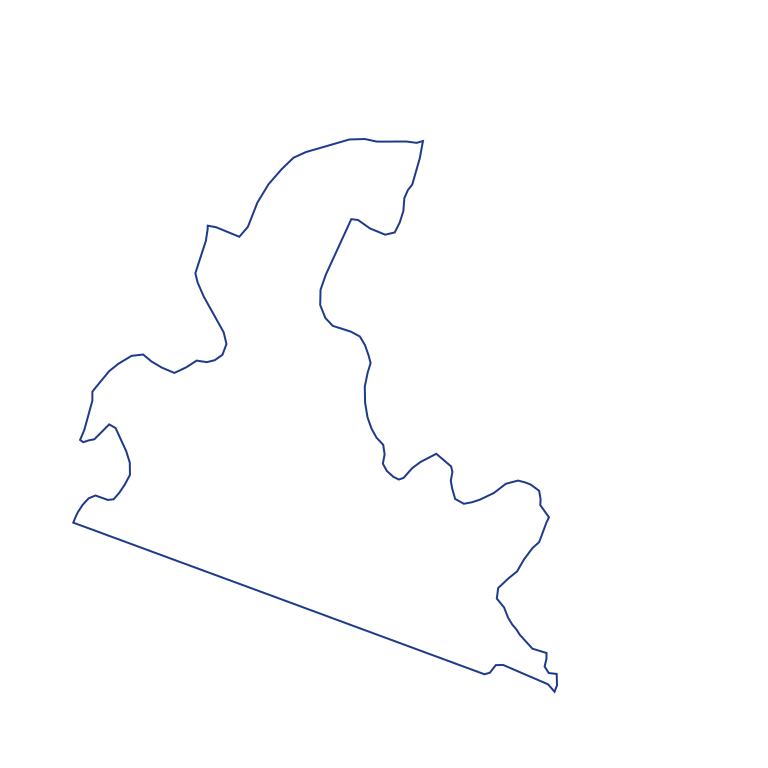 an SVG outline of Sissili, rotated 21°
{"feature_id": "BFA-2820", "entity_name": "Sissili", "entity_type": "Province", "adm_level": 1, "iso_a3": "BFA", "parent_name": "Burkina Faso", "parent_adm1": "", "projection": "equal_earth", "projection_center": [-2.182, 11.448], "detail": "fine", "context": "isolated", "style": "outline", "palette": "blue", "viewbox_px": 768, "rotation_deg": 21, "n_neighbors": 0, "source": "natural_earth", "source_scale": "10m", "svg_char_len": 1917}
<svg xmlns="http://www.w3.org/2000/svg" viewBox="0 0 768 768"><g transform="rotate(21 384 384)"><path d="M653.5,610.2L649.6,608.1L644.8,605.6L595.8,603.6L589.1,606.4L586.3,615.6L581.8,619.0L521.5,619.8L436.7,620.9L349.5,622.0L255.7,623.3L180.0,624.3L143.6,624.8L143.6,624.7L143.7,619.3L144.1,613.5L146.0,604.7L149.3,596.5L154.6,591.5L167.8,591.2L172.9,588.5L175.7,580.9L178.0,571.1L179.4,559.9L174.9,548.6L167.5,539.2L149.2,521.3L141.9,520.2L133.4,539.4L128.6,542.4L124.1,546.1L120.3,545.1L120.7,534.5L117.7,504.0L114.5,495.7L116.0,490.8L122.8,470.5L128.7,460.4L138.2,448.2L148.6,442.8L158.9,446.3L170.6,448.3L184.3,448.8L193.4,439.3L200.7,429.3L210.7,427.1L217.4,422.5L222.7,414.6L222.6,403.1L215.8,393.2L184.5,367.1L173.6,356.0L168.2,348.2L166.4,314.3L164.0,303.2L162.7,299.4L171.1,297.8L196.2,298.4L200.6,286.0L200.8,260.0L204.6,239.0L211.3,220.5L218.4,205.2L228.0,195.4L264.1,168.1L278.2,162.2L290.7,160.2L318.0,149.6L328.0,147.2L333.3,143.2L336.5,160.4L338.9,187.7L336.8,194.3L336.4,203.2L340.1,215.6L340.8,227.5L339.7,238.7L331.5,244.2L315.2,243.8L301.0,240.2L294.4,241.8L290.5,302.7L291.0,318.8L296.1,333.1L305.6,343.4L315.4,348.1L334.3,347.0L344.4,348.3L352.3,354.5L359.5,363.0L364.0,369.3L364.2,371.8L364.6,378.8L367.0,393.3L373.0,408.1L380.6,421.1L388.5,430.3L396.1,436.7L405.1,441.1L409.8,449.5L411.5,458.8L417.9,464.2L425.7,467.2L432.0,467.9L435.9,464.7L440.5,452.4L446.1,443.6L457.8,430.4L476.2,436.9L479.4,441.6L481.0,450.3L485.0,457.0L491.6,465.8L501.5,467.2L508.6,462.8L514.9,457.7L525.7,446.3L533.5,433.5L543.8,426.1L551.0,425.3L556.9,425.3L567.1,428.1L571.4,435.3L573.3,441.1L585.8,449.3L585.3,454.6L585.5,476.0L581.4,484.0L577.5,497.9L575.4,511.3L569.9,520.7L563.7,533.6L566.2,543.9L576.2,549.6L583.6,557.7L589.9,562.6L595.3,565.5L600.7,569.5L617.4,577.9L632.1,576.9L634.1,582.1L635.2,590.2L641.4,594.8L649.1,592.8L653.5,603.2L653.5,610.2Z" fill="none" stroke="#1e3a8a" stroke-width="2"/></g></svg>